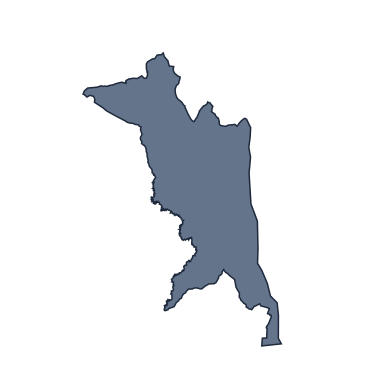 the district of Ga West Municipal, Greater Accra, Ghana, rotated 20°
{"feature_id": "2480657B90617621807510", "entity_name": "Ga West Municipal", "entity_type": "district", "adm_level": 2, "iso_a3": "GHA", "parent_name": "Ghana", "parent_adm1": "Greater Accra", "projection": "robinson", "projection_center": [-0.382, 5.705], "detail": "fine", "context": "isolated", "style": "filled", "palette": "slate", "viewbox_px": 384, "rotation_deg": 20, "n_neighbors": 0, "source": "geoboundaries", "source_scale": "gbopen_adm2", "svg_char_len": 6099}
<svg xmlns="http://www.w3.org/2000/svg" viewBox="0 0 384 384"><g transform="rotate(20 192 192)"><path d="M206.7,312.7L207.6,312.6L209.6,311.0L210.0,309.5L214.4,305.9L215.1,301.3L216.7,298.6L216.9,296.9L218.3,295.6L218.3,292.8L218.9,290.7L220.4,289.0L220.7,287.1L222.2,284.0L223.3,284.0L225.5,283.0L227.5,281.1L230.4,280.3L232.7,280.3L234.2,279.7L234.9,279.1L235.0,278.2L236.2,276.7L236.5,275.9L239.4,272.6L244.3,270.5L245.6,268.6L246.4,263.9L246.1,262.3L246.3,261.2L247.3,260.3L248.1,258.4L247.6,257.0L248.3,254.0L251.3,256.2L252.7,256.2L255.7,257.6L262.0,259.7L266.0,266.5L271.2,270.9L272.3,274.6L273.9,275.5L274.3,276.4L274.9,276.9L277.6,278.1L278.9,279.0L280.4,279.0L281.6,279.8L282.1,280.7L282.3,281.6L283.9,281.8L285.4,282.4L287.3,282.1L288.4,282.2L289.5,278.5L293.9,273.9L295.6,275.5L300.6,275.0L304.5,275.0L304.6,280.5L306.9,280.4L307.6,281.3L308.5,280.8L309.2,282.0L309.0,288.7L308.5,292.3L308.0,292.7L308.3,294.3L309.2,294.5L312.1,303.6L308.1,305.3L310.2,312.8L327.9,304.1L323.2,300.0L315.4,278.3L309.9,267.0L301.3,262.9L294.0,252.1L284.4,241.8L278.0,236.6L273.4,222.7L263.4,197.0L251.5,183.1L239.2,154.8L235.1,139.3L230.1,130.6L227.8,120.3L225.1,111.5L218.3,104.9L216.5,104.7L215.4,105.9L213.7,108.9L212.8,111.3L211.9,114.8L209.3,113.8L203.0,116.9L201.8,118.3L200.8,118.9L197.0,119.6L195.7,119.6L194.5,118.9L193.3,116.1L191.3,113.5L190.2,113.4L187.8,112.0L187.1,111.0L182.9,109.9L182.6,109.5L182.9,108.9L182.3,107.0L182.3,104.4L179.1,102.7L178.8,102.2L175.9,102.1L176.1,103.8L174.7,106.2L173.7,106.8L172.7,109.0L171.3,113.2L171.4,115.3L171.1,120.4L170.4,122.4L169.9,125.2L167.7,124.9L165.7,123.7L161.3,119.8L156.3,114.6L155.9,113.5L154.4,113.2L151.7,111.1L146.8,109.4L145.5,108.5L143.3,105.9L141.6,102.9L140.9,100.3L141.0,97.2L142.4,94.6L142.1,93.6L141.9,89.6L141.5,88.0L138.9,87.8L135.2,86.4L134.1,85.6L132.6,83.9L131.9,80.4L127.6,81.4L125.0,77.8L124.8,77.2L119.7,74.2L117.4,71.2L116.1,73.6L113.1,74.8L112.3,75.6L111.4,79.4L109.1,80.7L105.7,85.0L105.3,87.3L107.0,91.8L108.5,93.8L108.6,94.5L109.3,94.5L109.2,95.2L109.9,96.2L110.3,98.3L110.1,100.7L108.7,101.4L107.2,101.1L105.1,100.0L101.7,104.1L97.9,105.2L93.7,107.6L93.4,108.3L92.3,109.2L91.8,110.4L91.8,110.7L92.7,111.8L92.8,112.5L89.2,112.7L87.5,113.4L82.8,116.7L81.7,118.0L77.7,120.3L76.4,121.6L73.5,122.4L71.7,123.4L70.4,123.2L67.1,125.9L58.4,130.0L56.3,133.8L56.1,137.2L58.6,137.7L60.8,138.7L63.0,136.1L66.8,135.8L69.0,138.1L69.6,141.0L79.4,143.3L84.0,145.0L94.9,146.7L105.5,148.1L106.8,148.6L110.4,148.5L112.1,147.7L115.4,147.9L118.6,147.3L120.1,148.3L121.8,148.2L122.3,151.1L125.2,154.7L125.3,156.2L124.9,158.0L125.2,159.5L126.4,161.0L127.4,161.3L128.0,163.6L130.0,164.5L131.0,164.4L132.7,165.5L134.4,167.6L135.3,169.9L136.0,170.4L137.3,172.6L137.6,173.8L140.1,177.4L140.2,178.9L142.6,181.4L143.1,182.5L146.2,184.2L147.5,185.9L147.6,186.9L147.9,187.5L150.3,188.5L150.0,189.0L150.2,189.3L151.8,189.6L152.7,190.5L152.7,191.3L152.2,192.8L151.9,195.5L152.2,195.7L151.9,196.3L152.9,195.9L152.8,196.9L152.3,197.1L153.1,197.5L152.8,198.2L153.3,198.8L154.0,201.1L154.9,200.7L153.7,202.2L154.7,202.4L155.0,201.7L155.2,201.8L156.0,203.4L155.3,203.4L155.2,203.8L156.1,204.1L156.7,205.6L157.8,206.2L156.8,207.2L157.6,208.5L158.2,208.7L158.2,209.1L157.1,210.2L157.0,210.8L157.3,211.3L156.8,211.2L156.5,210.7L155.5,210.6L155.5,210.9L155.9,211.7L156.4,211.9L156.3,212.7L157.3,212.1L157.7,212.5L157.2,213.4L157.2,213.6L157.6,213.2L158.2,213.2L157.9,214.8L159.5,214.3L159.6,215.1L159.9,215.3L159.8,215.9L160.4,215.9L160.5,215.0L161.3,214.9L161.6,215.2L161.2,215.5L161.4,215.8L162.2,215.2L162.0,213.7L161.7,213.6L161.3,214.0L161.0,213.7L162.0,212.9L162.4,213.3L162.8,212.9L162.8,213.7L164.6,212.9L165.4,214.0L165.6,214.6L166.3,214.3L168.0,215.2L168.6,215.9L168.6,216.9L170.6,217.5L168.9,218.6L169.2,220.2L170.1,220.0L170.4,219.2L171.3,219.0L171.6,218.5L172.1,218.9L173.0,218.7L173.0,217.3L174.2,217.9L174.7,216.5L176.0,217.0L179.0,217.1L178.9,219.1L179.8,218.7L180.4,217.9L181.4,218.9L182.3,218.8L183.1,219.5L183.0,218.5L184.7,219.4L185.1,218.3L186.1,218.5L186.3,218.9L187.7,218.3L187.8,219.4L188.8,219.2L189.1,219.8L190.5,220.0L191.3,221.3L192.8,222.0L193.5,221.6L193.2,223.3L194.0,224.4L194.2,225.4L193.7,226.5L193.4,226.0L192.8,226.3L192.7,227.0L192.0,227.8L192.4,228.3L193.1,227.7L193.4,227.9L193.4,229.2L192.7,228.9L192.4,229.2L193.2,230.4L193.7,230.8L193.7,231.1L193.0,231.5L194.0,231.6L193.7,232.4L194.0,233.6L194.6,233.9L194.5,234.6L195.1,234.9L194.2,235.2L195.1,236.0L194.7,236.6L196.4,237.8L197.1,237.7L197.4,238.7L198.3,239.6L198.5,239.4L198.9,240.0L200.2,240.4L200.9,239.1L202.2,239.5L202.5,238.7L203.1,238.3L203.4,237.6L204.0,237.7L204.3,237.3L205.3,238.2L205.4,237.4L205.0,236.6L205.5,236.4L205.8,235.8L206.4,236.1L207.1,235.0L208.5,237.3L209.1,240.0L209.6,240.3L209.8,241.3L210.6,241.0L211.2,241.9L212.4,242.3L212.8,243.0L214.7,242.3L215.2,244.9L215.5,245.3L216.3,244.9L216.6,245.1L216.7,246.8L216.3,247.5L216.6,248.1L216.1,248.8L215.9,249.9L215.9,250.6L216.4,250.8L214.7,251.5L214.8,254.0L215.0,254.5L214.3,255.4L214.6,256.6L213.9,258.3L213.3,258.5L213.1,258.1L213.4,257.7L212.5,257.3L212.1,258.6L211.1,259.4L210.9,260.5L211.9,262.7L210.2,263.4L209.7,265.0L210.7,266.2L211.2,268.6L210.7,269.1L210.2,268.6L209.8,268.9L209.7,270.4L209.1,271.8L207.7,272.3L208.1,273.5L206.8,274.5L206.6,274.5L206.6,274.0L206.2,274.1L206.2,274.9L205.8,275.7L205.2,275.7L205.0,275.0L204.1,275.1L203.7,276.7L204.3,276.7L204.5,277.0L203.9,277.3L203.4,278.1L203.9,278.5L202.6,281.1L203.9,282.6L203.7,283.4L205.3,283.0L205.2,283.5L205.8,284.1L206.0,285.7L206.8,285.7L207.0,286.2L206.5,287.3L206.5,288.2L208.0,290.2L207.7,291.6L206.5,292.0L207.1,293.5L207.0,294.9L207.8,294.5L209.8,299.2L209.4,300.3L208.8,300.8L207.5,301.0L207.4,301.3L208.1,301.3L208.2,301.7L207.7,302.6L207.4,302.6L207.2,301.5L206.8,301.6L206.2,301.3L206.1,302.2L206.3,303.3L206.0,303.6L205.6,303.0L205.3,303.2L205.7,304.1L206.1,304.4L206.2,305.0L206.9,305.0L207.1,305.3L207.1,306.0L206.7,306.5L207.2,307.1L206.5,307.7L205.9,307.2L205.6,307.3L205.4,307.7L205.8,308.7L205.3,308.7L205.8,309.3L206.3,311.2L205.9,311.6L206.7,312.7Z" fill="#64748b" stroke="#1e293b" stroke-width="1.5"/></g></svg>